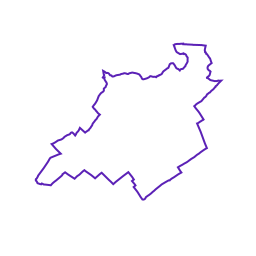 the district of Tanacu, Vaslui, Romania, rotated 79°
{"feature_id": "2599482B56716933323538", "entity_name": "Tanacu", "entity_type": "district", "adm_level": 2, "iso_a3": "ROU", "parent_name": "Romania", "parent_adm1": "Vaslui", "projection": "mercator", "projection_center": [27.831, 46.668], "detail": "fine", "context": "isolated", "style": "outline", "palette": "violet", "viewbox_px": 256, "rotation_deg": 79, "n_neighbors": 0, "source": "geoboundaries", "source_scale": "gbopen_adm2", "svg_char_len": 5601}
<svg xmlns="http://www.w3.org/2000/svg" viewBox="0 0 256 256"><g transform="rotate(79 128 128)"><path d="M194.4,130.2L196.4,129.4L197.6,129.0L200.9,127.5L201.2,126.7L201.2,126.3L201.1,125.6L200.9,125.1L200.6,124.6L199.3,123.6L198.3,121.5L197.8,120.2L196.6,117.8L195.4,115.9L194.7,114.5L193.5,112.6L191.8,109.4L191.1,108.0L189.8,105.7L188.3,101.5L187.2,98.2L187.2,97.7L187.4,97.1L186.7,96.2L185.9,94.5L185.2,92.5L183.0,87.4L181.9,84.1L180.2,84.9L176.1,86.5L175.1,83.8L174.5,81.8L173.7,79.7L172.8,76.8L170.5,72.0L169.1,68.2L168.8,67.8L167.4,65.2L166.7,63.3L165.6,61.3L164.3,58.4L163.3,56.0L162.8,54.4L157.5,55.5L145.6,57.4L136.8,59.3L136.8,58.9L136.6,58.5L136.0,57.0L135.4,55.7L135.3,55.2L134.8,54.2L134.5,53.0L134.1,52.2L127.1,54.9L125.3,55.7L121.6,57.7L119.2,58.8L119.0,58.5L118.9,58.1L117.8,56.6L117.1,55.1L116.9,54.5L116.1,52.3L115.9,51.6L115.6,50.8L113.4,48.1L112.7,47.3L112.4,46.3L111.9,45.6L111.4,45.0L110.1,44.0L109.9,43.7L109.7,43.0L109.1,42.1L108.8,41.2L108.7,40.7L107.9,39.8L107.3,38.9L106.5,37.3L106.0,36.5L104.9,35.2L104.3,34.2L103.9,34.2L103.6,33.8L103.4,33.2L102.9,32.3L102.5,32.0L102.0,31.3L101.3,30.5L100.6,29.4L99.7,28.1L99.3,27.5L99.2,28.2L99.1,28.8L99.0,29.5L98.7,30.1L98.7,30.7L98.8,31.2L98.9,31.7L98.7,32.9L98.5,34.0L97.7,35.7L97.0,37.4L96.5,38.2L95.7,38.8L94.2,40.3L94.0,40.5L93.9,40.9L93.6,40.9L93.2,40.4L92.8,39.7L92.7,39.2L92.3,38.6L91.9,38.0L91.0,37.5L90.5,37.2L89.3,36.7L88.4,36.2L87.6,36.7L87.3,37.0L86.8,37.7L85.2,38.5L84.7,38.5L83.5,38.3L82.2,37.3L80.2,33.5L78.8,33.8L75.3,34.2L75.0,34.5L74.2,34.9L72.6,35.5L71.5,36.0L70.7,36.3L70.4,36.6L70.1,37.1L69.5,37.0L69.2,37.1L68.5,37.8L68.2,37.9L67.7,37.6L67.5,37.8L66.2,37.8L64.2,37.0L62.0,36.0L61.3,38.1L61.0,39.0L60.8,39.5L60.7,39.7L59.0,47.2L58.8,48.3L58.6,48.5L57.9,51.3L57.3,53.8L57.0,54.6L56.9,55.2L56.8,55.3L56.8,55.8L56.3,57.8L55.7,57.7L55.6,58.9L55.4,60.0L55.3,61.5L55.0,63.1L54.9,63.5L54.8,64.4L54.8,65.3L54.8,66.0L54.9,66.3L55.1,66.7L55.2,66.9L55.9,67.0L57.0,66.9L56.9,67.0L60.7,66.4L61.5,66.2L62.8,65.7L65.4,62.8L65.4,62.1L65.6,59.9L65.9,59.4L65.4,59.2L66.4,57.8L66.9,57.3L67.5,57.0L68.8,56.8L70.2,56.0L72.9,56.6L74.2,56.8L75.4,57.7L77.5,59.6L78.0,59.7L78.1,59.9L78.9,60.8L79.4,61.6L79.8,62.1L80.2,62.4L80.4,63.4L80.3,64.6L80.4,64.9L80.7,65.6L81.4,66.2L79.8,67.3L79.5,67.7L79.4,68.2L78.9,68.6L78.5,69.1L76.9,69.7L75.5,70.1L73.2,71.2L73.0,71.4L72.9,71.9L72.9,72.6L72.7,73.3L72.8,73.5L73.3,74.8L73.8,75.1L76.5,76.8L76.7,77.0L76.9,78.0L77.7,79.5L79.1,82.4L80.0,83.4L80.9,84.1L81.4,84.6L81.6,85.0L82.4,87.7L82.2,87.7L82.9,89.9L83.1,90.1L82.9,90.2L83.0,90.5L83.3,90.9L83.2,91.0L83.0,91.5L82.7,92.4L82.6,93.5L82.4,94.0L81.5,95.7L81.4,96.1L81.4,96.4L81.5,96.6L82.0,97.2L82.1,97.4L82.8,99.6L82.8,99.9L82.9,100.5L83.1,102.5L83.1,103.2L83.1,103.9L82.5,104.7L82.3,104.8L82.0,104.9L80.3,105.3L79.5,105.8L78.3,106.3L77.6,106.7L76.8,107.9L76.3,108.7L75.5,110.4L75.2,111.3L74.5,112.9L74.4,113.6L74.4,114.3L74.5,114.6L74.5,116.2L74.6,116.5L75.0,117.3L75.0,117.8L74.7,118.6L74.0,119.7L73.6,120.9L73.5,121.2L73.5,121.6L73.7,122.2L73.7,123.4L73.7,124.5L74.0,125.3L74.1,125.6L74.1,126.4L74.0,128.3L74.0,129.2L74.1,130.0L74.3,130.8L74.5,131.4L74.6,132.2L74.6,133.1L74.5,133.4L74.2,133.8L73.3,134.2L73.2,134.4L72.9,135.0L72.9,135.4L72.6,135.6L72.1,135.9L71.4,136.1L70.8,136.5L70.3,137.0L69.9,138.0L69.9,138.4L69.9,138.8L69.8,139.0L68.6,139.9L68.1,140.4L67.8,140.8L67.2,141.5L67.3,141.5L68.5,141.5L70.4,141.6L71.4,141.2L71.7,141.3L72.0,141.6L73.7,143.1L74.0,142.8L74.1,141.4L74.9,141.8L75.9,141.8L76.7,141.5L77.2,141.3L78.4,140.9L78.8,140.6L80.1,140.3L80.4,140.3L81.0,140.4L82.6,141.7L83.4,142.0L84.6,144.0L84.9,144.3L86.0,144.4L86.7,144.6L87.2,145.0L87.6,145.6L87.8,146.0L88.0,146.6L88.2,146.9L88.5,147.7L89.6,149.1L90.5,150.0L91.1,150.7L91.8,151.1L93.4,152.1L94.6,152.8L95.6,153.6L97.8,155.6L99.2,157.3L100.5,158.6L101.0,158.4L102.6,157.6L102.9,157.4L103.2,157.1L103.6,156.7L105.0,156.2L105.4,155.8L107.4,154.8L108.0,154.4L109.5,153.1L111.0,155.3L113.0,157.0L113.5,157.6L113.7,158.0L114.1,158.6L115.1,159.6L115.7,160.3L116.7,161.5L117.1,161.9L118.7,162.8L119.5,163.8L120.5,164.6L121.8,166.3L122.2,166.7L122.8,167.1L122.8,167.3L122.8,167.9L122.9,168.1L123.4,169.0L124.1,170.7L124.3,171.0L118.7,175.2L120.1,176.2L120.8,176.7L121.7,177.6L122.2,178.3L122.5,178.8L123.2,179.6L124.3,180.3L125.3,181.3L124.8,181.6L124.0,181.9L123.8,182.1L122.8,182.7L121.7,183.6L121.6,184.3L121.8,185.0L122.1,185.3L122.3,185.6L122.9,186.2L123.1,186.7L123.2,187.3L123.4,189.0L124.6,192.1L125.5,193.2L126.3,194.9L126.6,196.0L126.9,199.2L127.1,199.6L128.0,201.7L128.5,203.0L129.0,204.8L129.2,206.0L134.9,202.7L140.4,198.9L140.7,201.3L141.4,204.7L141.7,206.3L142.4,209.7L142.5,209.9L143.2,210.7L145.9,213.0L151.3,218.4L157.7,225.4L158.2,225.6L160.2,227.3L160.4,227.6L160.5,228.0L160.8,228.3L161.4,228.3L161.8,228.5L162.0,228.5L162.8,227.9L163.6,227.6L164.5,227.5L164.9,227.3L165.1,227.1L165.3,226.5L165.7,226.0L166.2,225.1L166.7,224.0L166.1,223.4L166.0,223.2L166.5,222.6L166.7,222.2L167.2,221.8L167.4,221.4L167.6,220.5L168.2,218.6L168.9,216.4L169.5,214.7L169.3,214.4L169.1,214.2L168.6,213.6L168.2,213.0L167.7,212.3L166.5,210.1L165.9,208.8L162.9,203.4L162.0,201.9L161.3,201.2L161.1,201.1L160.9,201.1L159.5,198.2L162.3,195.6L167.6,190.1L165.9,187.6L165.4,186.8L165.1,185.9L164.8,185.2L164.4,184.4L162.2,181.0L161.4,179.6L161.1,178.8L161.6,178.5L162.5,177.7L167.2,173.1L169.0,171.6L171.1,169.9L167.8,164.3L166.9,162.4L175.4,156.6L177.4,155.1L180.3,153.2L178.5,150.2L174.2,141.9L171.4,136.1L176.8,133.3L179.7,132.1L180.3,133.3L180.8,134.2L184.6,132.1L185.8,131.6L187.0,133.7L192.1,131.1L194.3,130.2L194.4,130.2Z" fill="none" stroke="#5b21b6" stroke-width="2"/></g></svg>